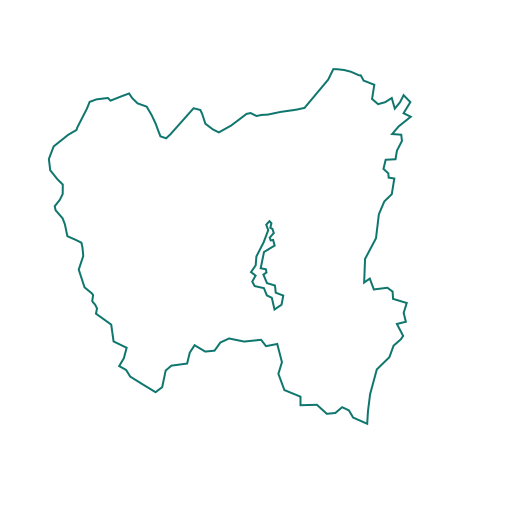 Sariasiya, Surkhandarya, Uzbekistan, rotated 257°
{"feature_id": "79887680B82153546012261", "entity_name": "Sariasiya", "entity_type": "district", "adm_level": 2, "iso_a3": "UZB", "parent_name": "Uzbekistan", "parent_adm1": "Surkhandarya", "projection": "albers", "projection_center": [67.81, 38.69], "detail": "fine", "context": "isolated", "style": "outline", "palette": "teal", "viewbox_px": 512, "rotation_deg": 257, "n_neighbors": 0, "source": "geoboundaries", "source_scale": "gbopen_adm2", "svg_char_len": 2324}
<svg xmlns="http://www.w3.org/2000/svg" viewBox="0 0 512 512"><g transform="rotate(257 256 256)"><path d="M67.5,326.6L79.6,330.2L95.7,336.1L118.3,348.2L127.4,363.2L137.7,369.9L142.2,378.3L145.0,381.4L158.1,378.0L158.2,387.2L167.4,387.1L176.3,392.3L183.4,379.9L190.6,381.1L195.5,376.9L196.9,363.3L208.4,361.8L205.8,355.4L228.6,361.6L246.3,376.9L269.0,385.1L280.3,393.3L285.7,402.2L300.4,408.2L302.5,402.9L306.8,403.5L312.2,399.8L320.6,404.0L318.9,413.7L326.9,417.0L335.3,424.1L341.5,424.8L344.2,416.1L350.2,424.2L356.9,438.1L361.9,431.9L371.2,441.0L379.5,436.0L373.4,430.9L368.4,424.4L379.4,423.8L376.8,416.4L376.5,409.1L382.9,404.4L396.2,409.8L402.7,400.3L408.5,398.7L408.9,397.0L414.2,389.9L417.4,383.7L419.6,377.5L420.7,373.4L411.6,366.0L400.5,351.3L389.4,336.6L389.5,328.4L390.9,311.8L391.1,299.4L392.2,293.2L392.3,288.0L396.5,282.9L396.6,278.8L388.7,261.1L384.8,247.6L389.0,242.5L396.3,236.4L406.6,235.5L410.8,234.6L414.0,228.4L393.9,200.1L390.9,194.9L394.1,189.8L400.3,188.9L407.5,188.0L416.8,186.0L426.1,183.1L431.4,174.9L437.7,170.9L442.9,168.9L442.0,161.7L440.1,149.2L443.3,147.2L444.5,135.8L444.2,133.4L443.6,128.6L437.5,124.3L421.2,110.6L419.2,109.5L416.3,100.2L408.3,83.5L397.1,76.0L385.8,74.8L375.4,79.8L369.1,83.8L359.9,81.6L354.8,77.4L349.8,71.1L345.7,71.0L336.3,76.0L330.1,76.9L317.7,76.7L312.4,83.8L308.2,88.9L303.1,88.8L294.9,87.7L282.6,80.2L264.0,81.9L259.3,85.5L256.7,87.5L254.6,88.5L249.0,86.3L247.5,86.8L244.8,88.3L240.7,89.3L235.8,87.1L221.7,99.5L204.8,98.0L195.7,109.3L186.2,104.3L179.5,97.9L174.2,103.8L166.8,106.3L157.3,115.8L145.9,127.5L149.3,135.1L164.7,142.2L168.2,148.9L166.7,164.7L176.7,169.7L182.9,176.1L174.3,185.0L173.1,194.3L179.7,201.8L181.7,211.2L175.3,225.2L173.2,242.1L165.9,245.5L165.5,256.9L146.7,257.4L136.2,251.3L119.0,253.5L108.9,267.7L100.6,265.8L97.3,281.9L86.3,289.5L85.2,298.0L89.3,305.9L84.7,311.8L76.7,314.3L67.5,326.6ZM231.9,246.6L237.0,251.2L241.4,247.5L247.0,253.6L255.5,256.3L267.6,266.5L278.4,273.7L284.2,273.0L286.9,277.0L284.5,278.4L280.2,276.3L278.7,278.1L274.4,278.5L270.8,273.5L267.9,273.8L267.8,276.3L262.0,276.5L258.1,264.7L243.0,257.8L240.9,262.6L237.6,262.5L236.2,259.0L227.1,260.6L223.0,267.8L215.8,267.0L211.3,273.7L202.8,269.9L199.7,262.0L211.7,262.0L215.2,257.7L222.9,256.5L227.0,247.9L231.9,246.6Z" fill="none" stroke="#0f766e" stroke-width="2"/></g></svg>